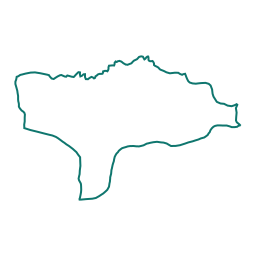 Karluway #1, Maryland, Liberia
{"feature_id": "62588387B21181915979204", "entity_name": "Karluway #1", "entity_type": "district", "adm_level": 2, "iso_a3": "LBR", "parent_name": "Liberia", "parent_adm1": "Maryland", "projection": "albers", "projection_center": [-7.745, 4.792], "detail": "fine", "context": "isolated", "style": "outline", "palette": "teal", "viewbox_px": 256, "rotation_deg": 0, "n_neighbors": 0, "source": "geoboundaries", "source_scale": "gbopen_adm2", "svg_char_len": 3587}
<svg xmlns="http://www.w3.org/2000/svg" viewBox="0 0 256 256"><path d="M24.3,128.1L30.3,130.0L36.0,131.4L38.4,132.0L44.6,133.6L49.4,134.8L52.4,135.5L55.9,136.9L58.0,138.2L59.9,139.6L60.2,139.8L62.7,141.7L64.4,142.8L66.3,144.3L69.0,146.0L72.8,148.9L75.8,151.6L76.3,152.0L78.3,154.9L80.1,157.2L80.2,160.5L80.4,165.9L79.8,170.5L79.6,174.2L79.0,176.6L78.6,178.6L79.0,180.2L79.2,180.6L80.8,183.5L80.9,184.3L81.0,184.6L81.1,186.3L81.2,189.2L81.2,190.0L81.0,192.4L80.5,195.1L79.9,197.9L79.5,199.0L79.6,199.6L80.2,199.6L81.0,199.6L86.4,199.1L92.3,198.7L95.8,198.0L99.2,196.1L101.6,194.5L103.2,193.5L105.5,191.5L107.3,189.8L109.0,186.7L109.5,183.3L109.9,181.7L110.2,178.1L110.2,177.3L110.4,176.5L111.1,173.8L111.4,170.7L111.4,170.2L111.9,168.4L112.6,165.0L113.2,163.0L113.8,161.3L114.1,159.4L114.7,156.9L115.6,155.1L116.5,153.6L118.0,152.1L118.8,150.8L120.7,149.2L122.1,148.2L123.6,147.7L125.7,147.1L127.8,146.4L128.6,146.3L129.8,146.1L133.4,146.0L136.2,146.3L139.0,146.4L140.9,146.0L143.6,145.3L146.6,143.7L147.4,143.5L148.4,143.3L150.3,142.8L153.4,142.2L157.0,141.8L161.0,142.4L163.6,142.6L166.7,143.5L168.7,144.7L171.0,146.0L171.3,146.0L175.7,145.9L180.0,145.2L185.0,143.6L188.4,142.4L192.7,141.3L195.4,140.4L198.4,139.5L200.9,138.4L204.2,137.5L205.7,136.5L207.7,135.0L208.6,133.4L209.7,132.2L210.4,130.3L211.8,128.3L213.5,126.7L215.1,125.9L217.4,125.4L219.8,125.4L222.1,125.5L224.3,125.5L226.6,125.5L229.5,126.3L231.7,127.1L234.8,127.1L237.1,126.8L238.6,125.7L240.0,125.4L240.6,125.7L239.4,124.4L236.8,122.3L236.0,120.5L236.2,117.2L236.6,112.6L235.9,108.1L237.0,105.6L237.3,104.8L236.6,104.2L234.4,105.3L231.6,106.2L227.6,105.6L224.0,103.8L220.6,103.5L220.1,103.3L216.9,101.9L216.5,101.4L215.2,99.3L213.5,96.6L212.6,93.8L212.3,91.3L212.1,89.4L211.9,88.9L210.6,85.5L209.6,84.6L208.7,83.8L208.3,83.7L205.6,82.9L204.8,82.9L200.9,83.1L198.1,83.4L195.8,83.7L192.5,83.4L189.7,82.5L188.3,81.2L187.6,79.9L187.1,78.9L186.1,76.5L185.9,75.8L185.1,73.8L183.2,74.2L182.1,74.8L179.9,73.9L178.3,72.8L175.0,72.7L169.9,73.3L166.4,72.3L164.3,71.2L163.4,70.8L160.3,69.6L159.1,68.5L158.4,67.6L156.9,66.7L155.0,65.8L154.0,65.0L154.0,63.4L153.2,61.8L152.5,61.0L151.2,61.2L150.0,61.2L149.0,60.7L148.5,59.9L148.5,58.9L148.5,57.8L148.2,56.5L147.5,56.5L146.4,57.3L145.3,58.8L144.4,59.4L143.9,58.6L143.4,57.6L142.9,56.7L141.6,56.4L141.0,56.4L139.1,56.9L137.0,59.2L134.0,60.6L132.6,61.9L131.7,63.0L131.2,63.4L129.8,63.9L127.5,64.8L127.2,64.7L126.5,64.6L125.8,64.6L123.7,63.4L123.1,63.0L121.4,61.6L119.4,60.9L119.2,61.0L118.0,61.2L117.5,61.4L116.7,62.0L116.3,61.9L115.6,61.5L114.6,62.8L114.6,64.0L114.1,65.5L112.2,65.4L110.2,65.6L109.0,65.7L108.5,67.2L108.5,69.0L108.0,70.4L107.4,71.3L106.4,70.9L105.0,70.9L104.7,70.9L103.1,71.4L103.1,72.4L102.5,73.7L101.0,73.9L99.4,73.9L98.0,74.4L97.7,74.6L96.7,75.6L95.5,76.3L95.2,77.3L95.1,77.8L94.0,78.4L93.0,77.5L91.5,76.9L90.3,77.5L88.4,78.8L88.0,79.2L85.8,79.1L85.0,77.0L85.0,74.2L83.6,74.3L82.9,74.8L82.6,75.2L82.3,75.4L81.9,75.8L80.4,76.4L79.9,74.4L80.0,72.4L79.6,72.3L78.6,72.2L78.4,72.2L76.6,73.9L75.2,75.4L74.8,75.9L73.7,77.0L73.2,76.9L71.7,76.7L68.9,75.9L67.3,75.5L67.1,75.7L66.2,76.7L64.7,76.5L61.3,75.0L59.9,75.3L57.5,76.5L55.3,77.9L53.7,79.0L51.6,78.5L49.8,76.5L49.3,75.8L49.0,75.2L47.3,74.7L40.1,73.2L35.0,72.4L30.6,72.6L25.5,73.6L22.1,74.5L20.3,74.9L18.2,76.3L17.0,76.7L16.7,76.8L16.2,79.5L15.4,81.7L15.4,84.0L16.4,87.5L17.3,90.8L17.6,93.1L18.1,95.9L18.1,99.6L18.3,101.4L18.6,102.5L18.9,104.0L18.9,106.7L19.8,108.3L21.6,110.5L23.2,111.6L24.3,112.7L24.9,114.5L24.7,117.5L24.7,121.5L24.2,124.6L24.3,127.4L24.3,128.1Z" fill="none" stroke="#0f766e" stroke-width="2"/></svg>